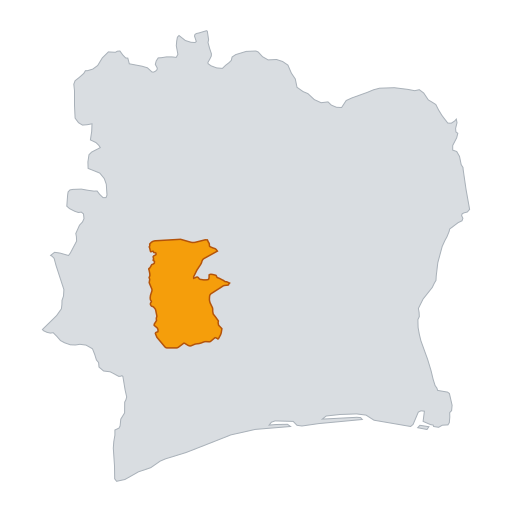 Haut-Sassandra on a map of Ivory Coast (Mercator projection)
{"feature_id": "CIV-3446", "entity_name": "Haut-Sassandra", "entity_type": "Department", "adm_level": 1, "iso_a3": "CIV", "parent_name": "Ivory Coast", "parent_adm1": "", "projection": "mercator", "projection_center": [-6.612, 7.016], "detail": "fine", "context": "in_parent", "style": "filled", "palette": "amber", "viewbox_px": 512, "rotation_deg": 0, "n_neighbors": 0, "source": "natural_earth", "source_scale": "10m", "svg_char_len": 6186}
<svg xmlns="http://www.w3.org/2000/svg" viewBox="0 0 512 512"><path d="M85.4,70.7L87.4,70.7L92.8,69.1L97.7,65.5L102.3,57.9L108.4,51.9L115.4,52.3L117.4,51.2L119.9,51.0L122.8,55.0L125.7,58.0L127.8,58.1L129.3,63.8L142.0,66.2L147.4,67.8L152.0,72.0L153.6,72.1L155.5,71.2L157.0,69.7L157.3,68.1L155.3,64.4L156.2,61.0L158.2,57.9L161.5,57.7L166.4,56.9L172.0,56.9L176.2,57.4L177.9,54.4L176.3,45.8L176.7,41.1L177.4,37.2L179.0,35.5L185.3,40.5L191.0,42.3L195.1,42.5L196.3,41.5L194.5,36.1L195.0,34.4L196.5,33.5L199.2,32.9L206.5,30.7L207.3,31.2L208.6,39.7L208.0,42.5L209.6,48.4L211.4,53.8L211.3,56.0L209.7,59.3L207.9,62.4L208.1,63.7L211.0,65.8L216.6,67.9L222.4,68.4L225.6,65.3L229.0,62.7L231.3,60.4L232.1,57.0L235.7,54.6L246.2,51.4L255.9,51.0L258.2,52.0L262.5,56.7L268.1,59.9L276.5,59.5L282.6,61.5L287.9,65.1L291.4,73.2L295.3,79.0L297.0,87.3L303.1,91.6L307.9,93.6L314.3,99.6L321.1,102.7L328.0,101.9L331.3,105.1L336.5,107.3L341.6,107.5L346.2,100.5L352.2,97.8L367.5,92.3L373.5,89.8L379.6,88.2L394.3,87.7L407.9,89.4L414.7,90.7L419.3,89.7L423.7,93.0L428.3,99.9L432.0,102.1L435.8,104.5L438.6,110.0L441.9,115.4L443.7,117.8L447.8,123.1L451.3,123.2L454.8,120.9L456.3,119.1L457.0,122.7L455.6,128.4L455.9,131.9L457.8,133.3L456.7,137.8L452.7,145.5L452.7,150.1L456.7,151.5L459.5,156.4L461.2,164.7L463.0,167.5L463.1,169.2L466.0,189.2L469.6,209.4L467.3,212.0L464.2,212.8L462.2,213.7L461.6,215.6L462.9,218.3L462.0,220.8L458.2,222.6L449.7,229.0L449.1,231.5L446.9,236.9L445.0,240.3L442.2,246.4L437.8,262.7L436.2,276.2L436.0,280.3L434.3,283.2L432.3,287.4L423.1,299.0L418.4,308.4L419.1,312.5L419.3,316.6L417.9,319.6L418.1,327.6L419.3,334.2L420.9,340.8L427.6,359.3L431.0,370.5L433.2,379.6L435.1,385.6L436.9,388.1L437.6,390.4L447.5,392.1L449.4,393.5L452.1,405.3L451.6,410.6L449.7,412.6L449.8,417.1L449.3,422.7L447.9,424.9L442.3,425.2L438.6,427.3L433.6,426.5L433.2,425.1L430.5,424.6L423.1,421.4L424.4,411.2L421.0,410.8L418.3,412.1L413.1,424.4L410.6,426.5L374.0,420.2L366.0,415.1L356.5,413.9L339.9,414.5L326.2,416.0L322.3,419.1L356.8,417.3L360.6,417.6L362.3,419.5L318.6,423.6L301.9,426.0L297.0,425.3L293.2,421.4L275.1,420.9L271.4,422.2L269.1,425.1L276.2,424.5L287.5,424.3L290.5,426.5L255.3,429.4L230.8,434.9L220.5,439.0L186.4,452.4L165.6,458.8L160.2,461.1L150.7,467.7L138.5,471.8L124.9,479.5L116.6,481.3L114.7,478.8L114.5,465.8L113.3,448.2L113.8,441.5L114.9,435.2L114.9,430.0L119.0,428.1L120.1,425.9L120.8,419.1L124.6,412.9L124.7,402.1L125.9,399.8L126.7,397.0L125.1,389.9L122.9,376.5L121.9,375.6L120.9,376.2L118.8,376.4L110.2,371.8L103.6,371.0L99.0,367.1L98.6,362.6L96.4,359.9L94.8,354.7L92.5,348.8L86.0,345.1L79.9,344.3L75.5,345.0L70.4,344.8L64.6,342.8L60.5,340.6L56.7,336.2L53.2,332.7L50.4,333.1L46.9,332.3L43.5,330.7L42.4,329.5L56.6,315.6L61.4,308.8L61.9,304.7L62.0,300.4L63.5,296.1L63.9,289.6L56.1,265.7L54.1,258.3L52.0,256.2L50.6,255.4L54.6,252.3L60.1,253.1L68.5,255.5L70.3,253.1L76.6,241.1L76.4,236.6L75.8,233.5L79.5,225.2L82.5,222.0L84.0,218.6L83.5,213.9L81.3,212.1L78.4,212.5L74.8,211.3L69.5,208.6L66.8,206.2L67.6,195.3L68.1,191.9L70.0,189.9L72.9,189.4L81.3,189.1L88.0,190.3L93.9,191.1L97.1,191.0L99.6,194.3L103.0,197.6L106.0,197.6L107.0,195.1L106.3,184.3L104.3,178.6L99.8,173.1L88.1,168.4L87.9,161.9L89.0,154.7L91.6,152.1L100.3,147.6L98.7,145.2L96.0,142.6L90.4,139.9L91.7,131.4L92.0,123.8L87.3,124.7L82.5,125.1L78.5,122.7L75.1,118.1L74.5,105.4L74.5,90.7L73.8,84.2L75.1,80.7L79.2,77.5L83.8,73.4L85.4,70.7ZM428.9,426.7L427.0,429.5L417.7,427.7L419.9,425.3L428.9,426.7Z" fill="#d9dde1" stroke="#a8b0b8" stroke-width="1"/><path d="M150.9,251.8L150.4,251.2L149.7,248.1L149.2,246.9L149.6,246.3L149.8,245.6L149.8,244.8L149.7,244.0L151.4,242.2L153.0,241.3L154.9,240.8L180.6,239.3L191.1,242.3L192.7,242.5L194.8,242.4L205.2,239.8L207.4,239.9L208.2,241.8L209.0,243.1L209.2,243.5L209.3,243.9L209.5,246.1L209.8,246.5L210.5,246.9L213.1,248.0L215.0,248.6L216.1,249.4L217.4,251.1L203.7,258.7L202.8,259.5L202.0,261.0L201.5,262.8L200.6,264.5L196.9,270.1L193.6,276.8L193.7,278.3L195.3,277.7L196.1,277.2L197.0,277.0L197.6,277.1L198.3,277.6L198.8,278.2L199.2,278.8L199.7,279.1L200.3,279.4L201.4,279.5L203.7,279.9L205.6,279.9L207.1,279.8L208.5,279.4L208.9,278.4L209.1,277.3L209.1,275.3L209.1,274.9L209.4,274.7L210.0,274.4L210.5,274.3L211.4,274.3L212.8,274.5L215.9,275.3L216.4,276.0L216.8,276.9L216.9,277.2L217.2,277.5L217.6,277.7L219.5,278.4L222.7,280.1L223.5,280.4L224.8,281.5L225.1,281.6L226.8,281.8L229.6,283.1L228.8,284.0L228.6,284.3L228.5,284.8L228.0,285.1L227.1,285.2L225.1,285.4L223.5,285.7L210.9,293.8L210.0,294.8L209.6,296.0L209.5,297.2L209.4,299.6L209.6,301.0L210.0,302.6L212.5,307.8L212.7,309.0L212.7,311.4L213.2,314.0L216.0,317.6L218.4,321.0L218.1,322.7L218.6,325.2L221.9,328.7L221.2,332.9L220.6,334.7L218.9,337.9L218.4,338.7L217.9,339.0L217.4,338.6L216.1,337.9L215.7,337.8L215.4,337.7L215.0,337.7L214.7,337.9L210.7,341.3L210.0,341.7L209.3,341.8L205.8,341.6L204.8,341.7L203.6,342.0L201.4,342.9L198.9,343.6L196.8,343.8L195.1,344.1L190.8,345.9L189.6,345.9L188.3,345.5L184.8,343.4L184.0,343.1L183.5,343.4L178.3,347.3L177.5,347.7L176.8,347.9L166.8,347.9L166.0,347.7L165.0,347.0L156.9,337.3L155.4,333.6L155.4,333.2L155.7,332.7L156.1,332.4L156.4,332.2L156.8,332.1L157.5,331.9L157.8,331.8L157.9,331.5L158.0,331.2L158.0,330.7L158.0,330.1L157.9,329.3L157.3,328.0L154.9,326.0L154.3,325.5L154.1,325.2L154.3,324.0L156.5,320.6L156.3,318.6L156.4,317.7L156.6,317.3L156.7,317.0L156.8,316.6L156.9,316.2L155.7,310.2L155.4,309.3L155.0,308.7L154.1,307.6L153.6,307.1L153.1,306.7L151.7,306.2L151.4,306.0L151.1,305.7L150.9,305.3L150.5,304.7L150.4,304.2L150.4,303.6L150.7,302.8L151.0,302.4L151.3,302.0L151.4,301.3L150.4,299.8L150.2,298.3L150.2,297.5L150.5,295.3L151.8,291.3L152.0,290.3L151.9,289.2L149.2,282.7L149.3,282.0L149.7,279.6L149.6,278.9L149.3,278.2L149.1,277.4L149.5,276.7L149.9,275.4L149.8,273.7L149.1,270.2L148.8,269.4L148.8,269.0L148.9,268.5L149.3,268.3L149.6,268.2L150.0,267.6L150.4,267.0L150.9,266.3L151.1,265.6L151.8,264.6L153.1,264.1L154.3,263.3L154.5,261.4L154.2,261.0L153.3,260.5L153.1,260.2L153.2,259.8L153.3,259.6L153.5,259.5L153.6,259.2L153.5,258.5L153.1,256.8L153.7,255.9L154.9,255.3L156.0,254.6L156.0,253.2L155.4,252.7L153.9,252.6L153.2,251.3L152.4,251.3L150.9,251.8Z" fill="#f59e0b" stroke="#b45309" stroke-width="1.5"/></svg>